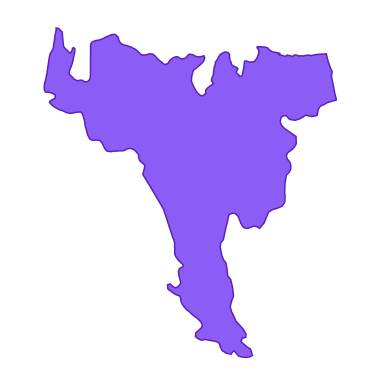 the district of Tatau, Sarawak, Malaysia, rotated 89°
{"feature_id": "92858781B61228252123101", "entity_name": "Tatau", "entity_type": "district", "adm_level": 2, "iso_a3": "MYS", "parent_name": "Malaysia", "parent_adm1": "Sarawak", "projection": "mercator", "projection_center": [112.968, 2.625], "detail": "fine", "context": "isolated", "style": "filled", "palette": "violet", "viewbox_px": 384, "rotation_deg": 89, "n_neighbors": 0, "source": "geoboundaries", "source_scale": "gbopen_adm2", "svg_char_len": 5437}
<svg xmlns="http://www.w3.org/2000/svg" viewBox="0 0 384 384"><g transform="rotate(89 192 192)"><path d="M32.8,326.1L46.5,328.4L51.3,331.4L54.9,332.3L58.5,333.0L61.9,333.5L66.0,334.2L70.6,334.9L74.6,335.8L78.3,336.7L80.6,337.5L84.1,337.9L87.1,337.9L89.5,336.9L89.8,333.8L90.7,329.9L92.6,327.3L95.5,326.9L96.9,329.3L98.3,332.1L99.7,333.0L102.2,331.1L105.1,327.3L107.2,323.8L108.3,320.4L110.2,316.6L111.0,314.1L111.3,311.8L110.5,307.8L110.1,304.4L110.1,301.6L112.1,300.2L116.1,299.0L119.8,298.1L124.0,297.6L133.7,295.1L137.4,293.1L138.5,290.6L138.3,286.6L139.0,282.9L141.7,281.0L144.5,279.7L148.0,277.9L149.6,276.3L150.1,273.9L150.2,271.9L149.8,269.5L149.8,266.2L149.6,264.6L149.6,262.5L149.6,259.8L148.7,257.9L147.8,256.4L147.3,253.1L147.9,251.1L148.6,249.5L149.7,248.0L153.8,244.8L156.3,244.8L159.8,243.7L162.8,240.5L164.4,238.8L165.9,238.8L173.7,240.8L187.0,233.0L208.6,220.8L237.2,212.0L239.9,210.9L242.3,210.3L249.2,210.3L253.8,210.3L256.5,209.3L260.1,206.7L262.7,204.2L264.4,202.2L266.8,202.4L267.7,205.0L269.1,206.3L271.2,206.9L274.6,206.7L281.0,205.1L282.9,204.8L285.5,206.7L286.6,208.0L287.3,209.4L287.3,211.0L286.0,212.9L284.3,214.7L283.6,215.3L284.3,218.0L287.0,218.0L287.9,218.0L289.5,216.8L290.6,215.0L292.9,212.3L294.5,209.6L295.4,206.6L297.5,205.3L300.4,205.0L302.5,204.4L304.3,203.6L306.6,201.9L309.5,199.6L311.8,196.6L314.0,194.4L316.6,191.4L318.2,189.3L320.7,186.6L322.9,185.0L325.2,183.9L327.9,185.0L330.2,187.5L332.7,190.5L336.3,191.2L338.1,189.6L340.4,185.1L339.7,182.1L340.0,179.8L342.0,169.8L343.8,167.5L347.9,166.2L351.1,164.6L353.6,160.9L354.9,155.8L352.5,154.2L351.7,152.3L354.2,150.5L356.8,148.3L357.7,145.7L358.4,141.0L357.7,136.6L356.3,134.4L350.0,136.2L349.0,137.9L347.9,139.6L342.7,145.5L339.0,144.4L338.3,140.8L334.9,140.5L330.0,143.2L326.5,146.2L321.8,150.3L316.6,152.5L312.2,154.6L307.2,155.8L301.1,154.1L296.8,152.3L288.2,153.1L280.0,154.9L276.5,157.7L270.0,158.3L263.6,159.2L260.2,161.7L255.6,163.4L247.7,164.7L243.4,164.2L240.3,161.5L230.6,159.3L223.0,157.2L217.9,156.2L215.1,155.2L213.9,152.1L214.3,149.1L217.1,146.3L221.0,144.8L224.4,143.6L227.4,141.9L228.9,140.0L229.4,137.1L228.4,133.9L227.1,130.5L227.9,127.6L229.5,125.0L223.9,120.3L213.4,115.8L210.9,111.5L209.9,107.6L207.7,102.0L203.7,99.4L198.1,99.0L194.9,99.3L185.1,98.9L176.7,97.3L174.5,95.0L171.5,93.0L167.2,92.7L163.5,93.8L160.5,96.3L157.1,97.1L154.3,95.5L151.8,91.9L148.9,88.9L145.6,86.9L139.8,87.0L138.3,87.0L135.8,90.5L132.2,95.5L129.8,98.7L127.4,100.9L123.5,102.6L119.2,101.7L117.7,100.0L117.3,97.6L117.9,95.8L120.5,93.8L121.4,91.7L122.1,87.6L120.9,83.5L119.0,79.7L117.1,77.1L118.7,71.0L117.7,65.6L115.2,65.1L111.5,64.3L108.2,61.9L106.9,58.4L105.1,55.4L104.2,52.3L103.4,49.3L102.6,46.2L101.9,46.1L95.8,47.5L86.7,49.1L78.7,50.6L76.6,50.2L75.2,49.9L74.1,49.8L72.9,50.2L71.7,50.9L70.5,51.4L69.0,51.9L67.6,52.3L64.0,53.6L56.2,55.3L56.7,65.5L57.6,69.8L57.7,70.8L57.3,71.4L57.4,72.4L57.2,73.3L57.1,74.4L57.5,75.6L57.5,76.7L57.8,77.5L58.1,78.7L57.7,79.4L57.8,80.9L57.8,82.6L57.6,84.1L56.9,84.9L56.8,86.4L56.9,87.6L58.3,89.0L58.1,89.7L57.5,91.0L57.1,93.3L56.7,94.4L57.6,95.1L57.7,95.9L57.7,96.5L57.7,97.3L57.5,98.4L57.1,98.9L56.7,100.3L56.4,102.5L55.7,102.9L55.8,102.0L55.0,101.7L54.5,103.2L53.7,106.6L53.6,108.1L53.1,109.3L52.3,110.8L50.8,112.5L49.0,114.4L48.5,115.8L47.8,122.9L47.8,123.8L48.1,124.2L48.4,124.5L49.0,124.4L49.7,123.8L50.2,123.4L51.3,123.1L52.2,122.6L54.6,122.9L55.6,123.2L56.9,123.8L57.9,124.1L58.8,124.6L59.6,125.0L60.6,125.7L61.4,126.4L62.3,127.0L62.8,127.7L62.9,128.9L63.1,130.2L63.2,131.4L63.1,132.6L62.5,133.8L62.1,134.8L61.9,135.7L61.9,136.4L62.1,137.0L62.5,137.2L68.3,138.0L75.6,139.6L76.6,140.1L77.0,140.8L77.1,141.6L77.3,142.4L76.9,142.7L76.2,142.9L75.4,143.3L75.3,144.0L73.8,145.4L73.2,145.6L72.1,145.5L71.3,144.7L70.3,144.2L69.5,144.0L68.7,144.6L67.7,146.2L66.9,148.2L66.1,149.7L64.6,150.3L62.8,150.7L61.4,151.5L58.9,152.1L55.0,152.1L54.0,152.6L53.3,153.3L53.0,154.4L52.6,155.8L52.6,156.8L53.3,158.5L55.0,161.4L56.1,162.1L57.5,163.1L59.6,164.1L62.5,166.2L64.9,166.7L66.7,167.3L68.3,167.7L69.9,167.9L71.8,168.3L73.8,168.4L75.6,168.8L79.5,170.5L81.4,170.6L83.9,168.6L85.4,170.6L86.4,172.2L88.0,174.3L89.4,175.8L90.7,176.6L93.5,176.3L96.0,179.5L95.7,181.9L92.6,185.1L89.8,186.9L87.9,187.9L84.3,189.5L80.9,190.7L76.2,190.2L70.4,188.6L69.0,186.6L66.5,183.6L64.3,180.8L62.3,178.8L60.7,177.7L57.8,177.0L56.0,177.6L56.2,178.8L57.0,180.8L57.0,183.4L56.7,185.2L55.7,187.1L54.7,188.7L54.3,191.0L54.3,192.7L56.3,194.7L58.0,196.0L58.5,197.6L58.7,199.2L58.3,201.4L56.9,203.1L56.4,205.3L57.3,208.1L59.3,211.2L63.3,214.1L64.0,217.0L63.5,218.0L59.5,222.8L57.7,224.5L55.1,226.6L53.3,229.2L53.1,232.4L53.9,234.6L54.3,238.2L53.6,241.0L51.9,242.1L50.6,243.6L48.2,246.3L46.0,250.5L44.7,254.1L43.5,258.0L42.7,259.8L41.0,261.4L39.2,262.4L35.5,263.3L34.6,264.4L33.1,266.3L33.1,267.8L33.3,269.9L34.0,271.5L34.9,273.7L35.7,275.8L36.9,277.9L37.8,280.3L38.5,282.6L38.9,285.9L39.9,288.2L40.5,289.6L42.6,290.8L73.5,291.5L75.9,291.7L78.0,292.6L79.3,293.8L80.0,295.5L80.0,297.3L79.0,298.9L78.3,299.8L78.3,301.5L78.6,303.7L78.5,305.3L77.6,306.9L76.6,308.4L75.2,309.5L73.8,310.9L72.4,312.3L71.2,312.7L69.7,312.7L60.9,309.3L57.8,308.6L51.3,307.1L49.0,306.7L47.4,306.6L46.5,306.7L45.6,308.1L46.3,309.0L47.6,309.2L49.5,310.1L50.8,311.1L50.4,312.3L47.7,314.7L46.9,315.8L45.6,316.9L43.9,317.9L41.7,318.1L39.9,318.3L29.8,319.0L28.3,320.5L26.9,321.7L26.1,322.7L25.6,325.0L27.6,325.0L32.8,326.1Z" fill="#8b5cf6" stroke="#5b21b6" stroke-width="1.5"/></g></svg>